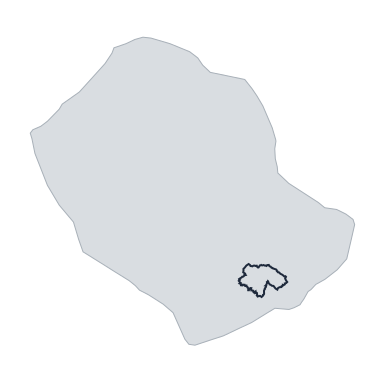 Thaba-Mokhele, Mohale's Hoek, Lesotho (highlighted), rotated 272°
{"feature_id": "5366337B93418008192528", "entity_name": "Thaba-Mokhele", "entity_type": "district", "adm_level": 2, "iso_a3": "LSO", "parent_name": "Lesotho", "parent_adm1": "Mohale's Hoek", "projection": "natural_earth1", "projection_center": [27.545, -30.078], "detail": "medium", "context": "in_parent", "style": "outline", "palette": "slate", "viewbox_px": 384, "rotation_deg": 272, "n_neighbors": 0, "source": "geoboundaries", "source_scale": "gbopen_adm2", "svg_char_len": 2869}
<svg xmlns="http://www.w3.org/2000/svg" viewBox="0 0 384 384"><g transform="rotate(272 192 192)"><path d="M259.0,269.9L247.3,273.8L245.6,274.1L238.1,273.2L228.1,274.1L220.2,276.3L214.0,277.1L204.0,288.4L185.8,318.8L180.9,325.2L179.6,337.1L175.3,346.6L170.2,353.9L165.1,355.7L150.0,352.8L130.6,349.0L119.3,339.8L109.3,327.8L104.0,319.0L98.5,314.2L96.6,311.5L88.7,307.4L85.7,305.4L83.1,303.9L79.9,298.0L78.0,293.0L78.7,278.9L73.2,270.5L63.6,256.1L57.6,244.3L49.3,228.3L44.3,214.5L39.0,200.3L39.7,194.2L44.7,190.0L59.4,182.8L70.7,177.3L78.9,167.1L87.8,152.0L92.1,142.9L96.4,138.7L101.2,132.3L109.4,118.0L118.6,102.2L128.4,85.2L140.9,80.3L157.8,74.6L174.2,59.8L193.6,47.3L225.0,33.7L239.6,30.2L245.2,28.3L248.7,30.8L252.4,38.6L257.7,45.1L270.1,56.4L275.3,59.2L288.0,75.9L301.6,87.4L317.3,100.6L328.0,107.2L333.4,109.0L337.9,120.8L342.4,129.5L345.0,137.6L344.4,145.6L339.4,165.0L332.1,184.8L326.2,193.1L319.1,198.3L312.2,206.1L309.5,222.1L306.3,240.8L297.2,248.5L290.2,253.6L280.5,259.8L259.0,269.9Z" fill="#d9dde1" stroke="#a8b0b8" stroke-width="1"/><path d="M121.8,271.3L121.6,269.7L120.7,269.1L121.1,268.2L120.9,267.6L121.5,266.0L121.1,265.1L121.2,264.1L121.5,263.7L121.1,263.2L121.0,262.4L118.9,261.1L118.9,260.4L119.7,259.6L120.6,259.3L120.5,258.3L120.3,258.1L120.7,256.6L120.4,255.8L119.8,254.9L120.0,254.4L120.0,253.4L120.1,253.0L120.9,252.7L122.0,251.1L120.4,248.9L118.2,247.3L117.0,246.1L115.0,246.2L113.5,246.0L112.4,247.8L111.9,247.7L111.7,248.0L111.3,247.5L110.8,248.1L110.7,247.5L109.3,246.3L109.1,245.1L108.5,244.8L107.2,242.8L106.4,242.3L106.4,242.1L106.0,242.2L105.7,242.8L104.8,241.9L104.0,242.7L103.3,242.9L102.9,243.6L102.2,242.8L101.6,244.3L100.5,244.2L100.4,245.5L101.1,245.9L101.2,246.2L101.1,247.8L100.4,247.7L100.0,248.3L99.9,248.9L100.3,249.7L99.5,249.9L99.1,250.7L98.3,250.9L97.9,251.6L95.8,251.6L95.8,252.3L97.2,252.6L97.7,253.3L98.1,254.0L98.0,254.6L96.9,254.2L96.3,254.6L95.7,254.7L95.8,255.5L95.5,256.6L94.4,256.7L93.8,257.3L94.8,258.8L93.2,258.7L93.4,259.5L93.8,259.3L94.1,259.5L93.4,260.4L91.7,260.7L91.1,260.3L90.0,261.1L90.4,261.5L90.1,262.4L90.5,263.0L90.5,263.8L89.5,265.2L90.9,266.6L91.7,266.6L91.9,267.2L92.7,267.6L95.8,267.4L97.2,267.9L97.6,268.3L98.1,268.1L99.5,269.1L100.9,269.4L101.0,268.9L101.5,269.5L101.9,269.4L103.5,270.2L104.6,270.0L104.8,270.5L105.6,270.9L105.2,271.3L104.0,271.4L103.2,272.4L102.3,272.8L102.0,273.9L101.1,275.1L101.0,276.7L98.4,278.9L97.4,280.7L98.7,281.1L99.2,281.6L99.9,282.8L100.1,284.6L100.9,284.8L100.8,285.2L101.5,286.0L102.4,286.0L102.2,286.7L102.6,287.7L103.5,288.3L103.9,288.1L104.3,289.3L105.4,290.3L106.8,289.1L108.8,288.1L110.5,288.9L111.1,288.3L110.8,287.2L112.4,285.3L113.4,283.1L114.6,282.0L114.7,280.8L115.2,280.3L115.6,280.3L116.0,279.5L116.8,279.4L117.5,278.8L118.6,275.1L119.0,275.0L119.2,274.0L120.2,273.2L120.5,272.0L121.8,271.3Z" fill="none" stroke="#1e293b" stroke-width="2"/></g></svg>